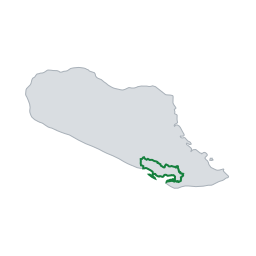 where Analanjirofo sits in Madagascar, rotated 98°
{"feature_id": "MDG-5863", "entity_name": "Analanjirofo", "entity_type": "Autonomous Province", "adm_level": 1, "iso_a3": "MDG", "parent_name": "Madagascar", "parent_adm1": "", "projection": "albers", "projection_center": [49.502, -16.347], "detail": "fine", "context": "in_parent", "style": "outline", "palette": "green", "viewbox_px": 256, "rotation_deg": 98, "n_neighbors": 0, "source": "natural_earth", "source_scale": "10m", "svg_char_len": 6664}
<svg xmlns="http://www.w3.org/2000/svg" viewBox="0 0 256 256"><g transform="rotate(98 128 128)"><path d="M166.9,27.3L167.6,28.9L168.4,30.5L171.0,34.3L172.1,35.8L173.0,37.3L173.5,40.5L175.1,45.3L176.6,52.6L177.0,60.1L177.5,63.5L178.7,66.7L180.6,70.1L181.2,73.8L180.0,77.6L178.3,81.2L177.8,81.9L177.0,82.8L176.7,82.8L175.3,81.9L174.2,80.3L172.8,76.7L172.2,74.9L171.7,74.6L170.0,74.8L168.8,75.9L168.6,76.6L168.8,78.7L169.3,80.5L169.5,82.3L169.5,84.7L170.0,85.4L170.6,86.0L171.3,87.5L171.4,91.1L171.0,93.0L169.8,94.5L169.9,95.4L170.3,96.3L169.9,96.8L168.4,97.5L167.7,98.1L166.9,99.7L165.5,103.0L165.3,104.7L166.2,109.8L166.0,113.4L164.2,120.3L163.3,123.5L161.9,127.4L159.7,132.6L157.6,139.1L155.9,145.7L154.6,149.7L153.1,153.7L151.1,160.6L149.4,167.7L146.8,175.5L143.4,184.1L143.0,185.2L142.3,189.7L141.5,193.5L140.6,197.3L138.7,203.5L138.5,205.5L138.1,207.3L136.2,211.3L135.4,212.7L134.9,214.3L134.6,216.2L134.0,218.1L132.7,221.6L130.7,224.6L129.3,225.7L126.3,227.3L124.7,227.7L121.3,227.8L118.1,228.7L114.7,230.5L111.4,232.5L110.2,233.5L108.8,234.1L104.4,234.3L103.1,233.9L98.7,230.7L97.0,230.2L93.8,229.9L92.8,229.6L91.9,229.2L90.6,227.5L88.0,226.2L87.3,225.7L86.9,224.8L86.6,223.7L85.9,222.5L85.4,220.3L84.5,218.7L82.0,215.9L81.7,215.0L81.5,212.1L81.5,210.0L81.1,206.3L81.4,204.6L82.2,203.0L81.8,201.3L80.8,199.5L80.4,197.7L79.7,196.0L77.1,193.1L76.5,191.6L76.0,190.1L74.9,185.3L74.8,183.6L74.8,180.0L75.1,178.2L75.7,176.9L75.8,175.9L76.2,175.1L76.8,174.4L77.1,173.6L77.9,169.1L79.1,168.0L80.9,167.4L82.3,166.1L83.0,164.5L83.8,161.2L85.9,157.8L86.7,156.1L88.4,153.4L89.9,149.7L90.4,148.0L90.7,146.2L91.0,142.3L91.2,140.3L91.1,138.4L90.2,136.4L87.9,132.9L87.8,132.2L87.9,129.6L87.6,127.6L86.8,125.7L85.7,124.0L84.6,120.6L83.9,115.0L84.0,113.0L83.6,111.2L82.8,109.5L83.3,106.5L89.7,95.5L89.8,94.2L89.5,90.9L89.6,89.0L89.8,88.2L90.3,87.8L91.4,87.6L96.8,87.0L97.5,86.6L98.8,85.7L100.7,83.9L101.5,83.3L102.2,83.5L102.7,84.3L103.3,84.7L105.5,83.8L106.3,83.8L107.2,83.9L107.6,83.2L107.8,82.2L108.1,81.5L108.7,81.1L111.5,80.8L113.3,80.5L115.6,79.7L116.1,79.9L118.0,82.3L118.6,82.5L119.3,82.6L119.9,82.2L118.4,80.9L118.2,80.1L118.2,79.3L119.0,77.5L120.4,76.1L123.4,74.0L126.5,71.6L127.4,71.4L128.2,71.8L128.8,74.6L128.7,75.0L129.2,75.1L129.8,74.7L130.3,73.6L130.3,72.7L129.9,71.7L129.7,71.0L129.7,70.3L131.2,68.6L132.5,67.0L133.1,65.1L133.6,64.2L134.9,63.2L135.3,63.3L135.6,64.1L135.8,65.0L135.4,65.8L134.9,66.7L134.8,67.8L135.5,68.0L136.2,67.7L137.2,65.7L138.4,63.8L139.1,62.8L140.0,62.1L141.4,62.2L142.9,62.6L140.5,60.6L139.9,57.9L142.7,53.1L142.7,52.1L143.1,51.8L143.3,51.4L141.8,49.8L141.5,49.0L141.7,47.8L142.4,46.7L143.0,46.0L143.9,45.7L144.6,46.1L146.2,47.4L147.2,47.6L148.5,46.3L149.5,44.7L151.0,43.6L152.8,42.9L155.5,40.4L157.2,35.2L157.4,33.7L157.0,31.8L156.3,30.1L155.3,27.9L155.6,27.4L157.0,27.7L157.5,27.4L159.1,25.4L161.8,21.7L162.6,21.7L163.4,22.4L163.7,23.4L164.2,24.2L166.0,26.0L166.9,27.3ZM148.5,42.0L148.5,42.6L146.5,42.3L146.2,40.4L147.2,40.3L147.4,39.5L148.0,39.4L148.6,41.1L148.5,42.0ZM172.9,97.7L171.2,100.6L171.6,98.2L173.6,94.7L174.2,94.4L172.9,97.7Z" fill="#d9dde1" stroke="#a8b0b8" stroke-width="1"/><path d="M175.8,82.2L175.5,82.2L174.7,81.6L174.5,81.2L174.3,80.8L174.3,80.0L174.2,79.9L173.8,79.6L173.6,79.4L173.5,79.2L173.4,79.0L173.3,78.8L173.3,78.5L173.3,78.2L173.5,77.8L173.5,77.6L173.4,77.3L173.3,77.2L173.2,77.2L172.9,77.2L172.4,76.5L172.4,76.3L172.5,75.9L172.5,75.6L172.4,74.8L172.4,74.7L172.5,74.6L172.4,74.4L172.0,74.3L171.6,74.5L171.1,74.6L170.1,74.6L169.6,74.7L169.3,75.0L168.4,76.3L168.4,76.7L168.7,77.6L168.7,77.8L168.7,78.0L168.6,78.5L168.8,78.8L169.0,79.0L169.1,79.6L169.3,80.1L169.4,80.9L169.6,81.4L169.8,81.8L169.8,82.0L169.7,82.5L169.2,83.3L169.1,83.8L169.1,84.3L169.2,84.8L169.4,85.3L169.7,85.6L170.7,86.0L171.2,86.3L171.5,86.8L171.6,87.2L171.3,88.7L171.2,89.3L171.3,89.9L171.6,90.1L171.8,90.5L171.7,91.1L171.6,91.3L171.6,92.0L170.8,93.6L170.3,94.1L169.7,94.6L169.7,95.3L169.8,95.7L170.0,96.0L170.3,96.3L170.7,96.5L171.0,96.5L171.4,96.5L171.0,96.7L170.5,96.9L169.6,97.1L169.2,97.3L168.5,97.3L168.2,97.4L167.9,97.6L167.7,97.8L166.7,99.9L166.0,101.8L165.3,103.7L165.1,104.8L165.2,105.0L165.6,105.8L165.9,107.3L163.7,107.5L163.2,108.7L163.2,109.9L161.3,110.5L159.0,110.7L157.0,111.1L156.6,109.7L155.1,108.9L154.7,108.1L156.0,107.1L156.8,105.1L155.8,104.0L156.6,102.2L156.2,99.6L157.1,97.3L157.1,95.9L157.5,94.2L158.2,94.0L158.3,94.0L158.5,93.9L158.5,93.7L158.4,93.5L158.3,93.4L158.3,93.2L158.4,92.9L158.5,92.8L158.6,92.7L158.8,92.5L159.0,92.1L159.1,91.7L159.3,91.4L159.3,91.2L159.3,90.9L159.5,90.8L159.7,90.7L159.8,90.7L160.4,90.4L160.7,90.2L160.9,89.8L160.9,89.7L161.0,89.6L161.0,89.3L161.9,87.6L162.0,87.4L162.0,87.2L161.9,86.9L161.9,86.6L161.9,86.4L161.7,86.3L161.6,86.2L161.4,86.2L160.8,86.1L160.3,86.1L158.9,85.4L158.8,85.2L159.0,84.6L159.2,84.0L159.3,83.5L159.4,83.3L159.5,83.2L159.9,82.8L160.1,82.5L160.3,82.1L160.3,81.9L160.3,81.6L160.1,80.7L160.0,80.4L159.9,80.1L159.6,79.7L159.6,79.4L159.6,79.2L159.8,78.5L160.0,76.6L160.0,76.4L160.0,76.2L159.9,76.1L159.9,75.8L160.0,75.7L160.3,75.4L160.4,75.2L160.5,75.1L160.5,74.9L160.4,74.8L160.2,74.9L159.9,74.7L159.7,74.8L159.4,74.8L159.3,74.7L159.2,74.6L159.1,74.4L159.0,74.1L158.9,73.8L158.9,73.7L158.9,73.4L159.0,73.3L159.1,73.2L159.6,73.1L159.8,73.1L160.0,73.1L160.3,73.1L160.9,72.8L161.2,72.7L161.3,72.7L161.5,72.5L161.6,72.4L161.8,72.2L162.0,72.1L162.4,72.1L162.5,72.1L163.0,71.8L163.2,71.7L163.3,71.7L163.5,71.5L163.6,71.4L164.0,71.5L164.3,71.4L164.4,71.2L164.5,71.1L164.5,70.9L164.4,70.7L164.3,70.4L164.3,70.2L164.5,70.0L164.8,70.1L165.0,70.1L165.3,70.1L165.5,70.0L165.6,69.9L165.6,69.5L165.6,69.3L165.6,69.2L165.5,68.9L165.6,68.7L165.7,68.4L165.7,68.1L165.7,67.9L165.6,67.6L165.6,67.3L165.7,67.2L165.8,67.0L166.3,67.3L166.5,67.4L166.8,67.4L167.1,66.9L167.3,66.8L167.5,66.8L168.5,67.6L168.8,67.9L168.9,68.2L169.3,68.6L169.5,68.8L170.9,68.4L171.0,68.3L171.4,68.4L172.1,68.5L172.3,68.5L172.6,68.4L172.8,68.3L173.0,68.4L173.2,68.5L173.5,69.1L174.5,70.4L174.5,70.5L174.4,70.7L174.4,70.8L173.9,71.0L173.7,71.1L173.6,71.3L173.7,71.6L174.1,71.9L174.2,72.1L174.3,72.3L174.2,72.4L174.2,72.5L174.0,72.8L173.9,73.2L173.9,73.4L173.9,73.5L174.0,73.5L174.6,74.5L174.6,74.8L174.6,75.0L174.3,75.7L174.3,75.8L174.3,76.3L174.1,77.0L174.4,77.8L174.6,78.4L174.7,78.9L174.7,79.2L174.8,79.4L174.9,79.5L175.0,79.7L175.1,79.9L175.1,80.0L175.1,80.3L175.7,82.1L175.8,82.2L175.8,82.2ZM173.2,95.7L173.2,95.3L173.3,95.0L173.4,94.8L173.6,94.7L174.2,94.3L174.1,94.7L173.6,95.9L173.2,97.1L172.4,98.7L171.9,99.4L171.5,100.3L171.2,100.7L171.1,100.3L171.1,99.9L171.5,99.1L171.6,98.9L171.6,98.7L171.6,98.2L171.7,97.9L171.8,97.7L172.1,97.3L173.2,95.7Z" fill="none" stroke="#15803d" stroke-width="2"/></g></svg>